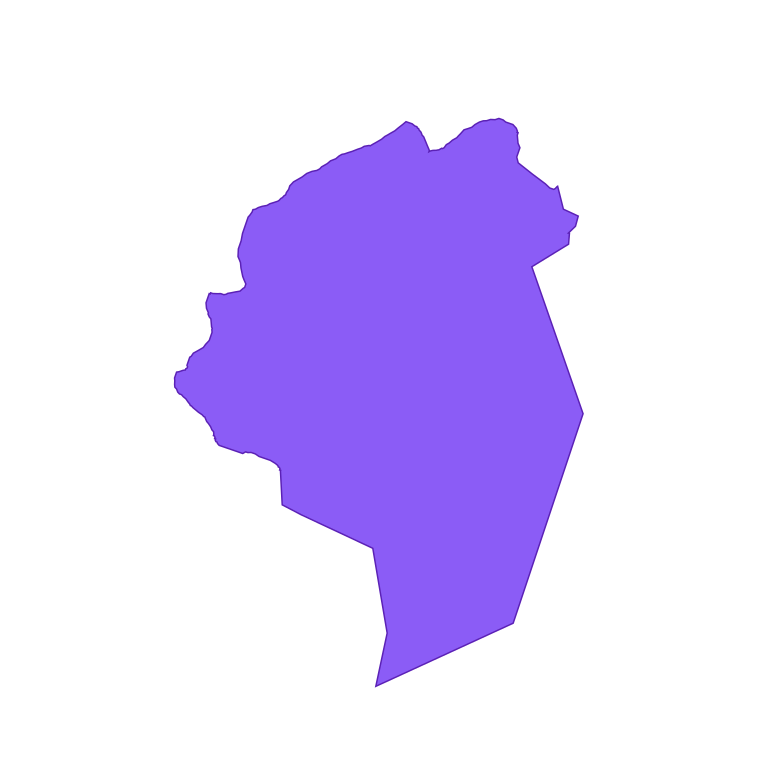 outline of Karoi, Mashonaland West, Zimbabwe, rotated 19°
{"feature_id": "62879985B2724410998329", "entity_name": "Karoi", "entity_type": "district", "adm_level": 2, "iso_a3": "ZWE", "parent_name": "Zimbabwe", "parent_adm1": "Mashonaland West", "projection": "natural_earth1", "projection_center": [29.682, -16.822], "detail": "fine", "context": "isolated", "style": "filled", "palette": "violet", "viewbox_px": 768, "rotation_deg": 19, "n_neighbors": 0, "source": "geoboundaries", "source_scale": "gbopen_adm2", "svg_char_len": 3400}
<svg xmlns="http://www.w3.org/2000/svg" viewBox="0 0 768 768"><g transform="rotate(19 384 384)"><path d="M372.6,127.5L369.3,131.2L367.2,134.9L365.0,137.4L363.9,141.1L362.8,142.3L361.8,142.3L359.6,144.8L358.7,145.2L357.4,146.0L354.2,147.2L352.0,148.5L350.9,149.7L350.9,148.5L349.8,147.2L347.6,144.8L341.1,137.4L338.9,136.2L337.9,134.9L336.8,133.7L334.6,132.5L333.5,131.2L332.4,131.2L331.3,130.0L329.2,130.0L325.9,128.8L320.5,128.8L319.4,128.8L317.2,132.5L314.0,137.4L311.8,141.1L308.5,144.8L306.4,147.3L304.2,149.7L302.0,153.4L298.8,157.1L296.6,159.6L295.5,160.8L293.4,163.3L292.3,163.3L290.1,164.5L287.9,165.7L285.8,168.2L282.5,170.7L278.2,174.4L274.9,176.8L271.7,179.3L269.5,180.5L267.3,183.0L265.1,186.7L260.8,190.4L258.6,194.1L256.5,196.5L254.3,199.0L253.2,201.5L251.0,203.9L246.7,206.4L242.4,210.1L239.1,215.0L234.8,219.9L232.6,222.4L231.5,224.9L230.4,227.3L230.5,231.0L229.4,234.7L229.4,237.2L228.3,238.4L227.2,240.9L226.1,242.1L225.0,244.6L224.0,245.8L220.7,248.3L217.4,250.7L215.3,253.2L210.9,255.7L207.7,258.1L205.5,260.6L203.3,261.8L203.3,264.3L202.2,268.0L201.2,270.4L201.2,274.1L201.2,279.1L201.2,282.8L201.2,287.7L202.3,295.1L202.3,298.8L202.3,303.7L203.4,307.4L204.5,311.1L206.7,313.5L208.8,316.0L211.0,320.9L215.4,328.3L217.5,330.8L219.7,333.2L220.8,334.4L220.8,335.7L220.8,338.1L219.7,339.4L217.6,343.1L213.2,345.5L208.9,348.0L206.7,349.2L205.6,350.5L203.5,351.7L200.2,351.7L196.9,352.9L192.6,354.2L190.4,354.2L190.4,355.4L189.3,355.4L189.3,356.6L189.3,361.5L189.3,365.2L190.4,367.7L191.5,370.2L194.8,373.9L194.8,375.1L195.9,376.3L197.0,377.5L199.1,378.8L200.2,381.2L201.3,383.7L202.4,386.2L203.5,387.4L203.5,388.6L204.6,391.1L204.6,394.8L204.6,396.0L204.6,399.7L203.5,402.2L202.4,404.6L201.3,408.3L198.1,412.0L195.9,414.5L193.7,416.9L192.7,420.6L191.6,421.9L191.6,425.6L191.6,427.0L191.6,429.3L191.6,430.5L192.7,431.7L192.7,432.9L191.6,434.2L191.6,435.4L189.4,436.6L186.2,439.1L184.0,440.3L184.0,442.4L184.0,444.0L184.0,445.3L184.0,446.5L185.1,449.0L186.2,452.7L187.3,455.1L189.5,456.3L191.6,458.8L193.8,460.0L196.0,460.0L198.2,461.3L201.4,462.5L204.7,464.9L206.8,466.2L207.9,467.4L209.0,467.4L211.2,468.6L217.7,471.1L222.1,472.3L224.2,473.5L225.3,473.5L226.4,474.8L227.4,475.9L228.6,477.2L230.8,478.5L234.0,480.9L236.2,483.4L238.4,484.6L239.5,487.1L239.5,488.3L240.5,488.3L241.6,489.5L241.6,490.8L242.7,490.8L242.7,492.0L243.8,493.2L244.9,493.2L246.0,494.5L248.1,495.7L254.7,495.7L266.6,495.7L273.1,495.7L274.2,494.4L275.3,493.2L277.5,493.2L280.7,492.0L285.1,492.0L289.4,493.2L295.9,493.2L297.0,493.2L301.4,493.2L306.8,494.4L310.1,495.6L311.1,496.9L312.2,496.9L313.3,498.1L313.3,499.3L314.4,499.3L314.4,499.9L327.1,531.4L348.2,534.6L426.9,543.0L468.1,618.5L474.7,672.5L584.0,568.1L582.6,421.4L581.9,347.3L485.6,225.0L513.0,191.7L510.3,181.2L509.2,181.3L513.7,172.5L513.0,162.0L496.7,160.3L483.8,140.5L483.4,141.0L482.3,143.4L481.2,144.7L476.9,144.7L471.4,142.2L456.2,137.3L438.9,131.2L435.6,126.2L435.6,125.0L435.6,122.5L435.6,121.3L435.6,120.1L435.6,118.8L435.6,116.4L434.5,115.1L432.3,112.7L431.2,110.2L430.1,107.8L429.0,105.3L429.0,104.1L429.0,102.8L427.9,102.8L427.9,101.6L426.9,100.4L425.8,99.1L423.6,97.9L421.4,96.7L418.2,96.7L413.8,96.7L410.6,95.5L408.4,95.5L406.2,95.5L403.0,97.9L398.6,99.2L395.4,101.6L392.1,102.9L388.9,105.3L385.6,109.0L383.4,112.7L380.2,115.2L376.9,117.6L374.8,122.6L373.6,125.1L372.6,127.5Z" fill="#8b5cf6" stroke="#5b21b6" stroke-width="1.5"/></g></svg>